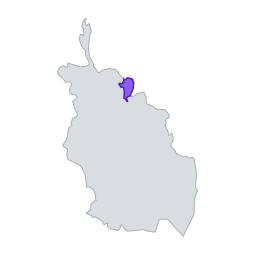 Nangarhar highlighted on a map of Afghanistan, rotated 278°
{"feature_id": "AFG-1764", "entity_name": "Nangarhar", "entity_type": "Province", "adm_level": 1, "iso_a3": "AFG", "parent_name": "Afghanistan", "parent_adm1": "", "projection": "robinson", "projection_center": [70.357, 34.369], "detail": "fine", "context": "in_parent", "style": "filled", "palette": "violet", "viewbox_px": 256, "rotation_deg": 278, "n_neighbors": 0, "source": "natural_earth", "source_scale": "10m", "svg_char_len": 5154}
<svg xmlns="http://www.w3.org/2000/svg" viewBox="0 0 256 256"><g transform="rotate(278 128 128)"><path d="M111.9,69.4L116.9,68.9L120.3,69.6L122.1,71.3L123.8,71.7L125.6,70.9L126.6,70.7L127.0,71.3L127.9,71.5L129.2,71.4L129.9,71.9L130.1,72.9L131.1,74.2L132.8,75.8L134.4,76.1L136.4,74.9L137.1,75.1L137.4,74.7L137.7,73.8L138.9,72.9L141.2,72.1L142.4,71.4L142.9,70.9L143.7,70.7L144.5,70.9L145.1,70.7L145.5,69.9L146.3,69.6L147.0,69.7L150.1,72.6L151.3,73.4L151.9,73.3L153.4,71.7L153.6,70.3L153.2,68.5L153.5,67.0L154.5,65.8L156.4,65.1L159.2,64.9L160.9,65.0L161.5,65.6L162.3,65.9L163.4,66.0L164.4,65.3L165.3,63.9L165.3,62.2L164.5,60.1L164.7,59.5L166.1,58.5L167.6,56.9L169.0,54.9L170.4,52.5L172.1,51.0L174.1,50.4L176.5,51.1L179.4,52.9L180.5,55.3L179.8,58.1L179.7,59.6L180.3,59.9L183.6,59.3L184.0,59.7L184.0,60.5L183.5,61.7L183.0,65.0L182.0,73.1L183.4,77.9L184.3,79.8L185.3,80.5L186.3,80.7L187.2,80.5L189.2,79.3L192.2,77.0L195.1,75.6L199.3,74.8L200.7,72.3L202.6,70.7L207.1,68.3L209.5,67.4L210.9,67.2L214.3,68.1L214.4,68.9L214.2,69.7L213.3,70.3L213.0,70.8L213.3,71.2L214.7,71.3L220.6,69.7L221.9,68.2L223.1,68.1L225.6,68.7L227.5,68.5L228.5,69.2L230.8,71.3L230.1,71.4L229.1,71.0L228.5,70.3L226.1,71.2L223.5,72.6L223.6,72.9L226.0,74.9L221.1,77.0L218.9,78.3L218.4,78.3L215.1,77.2L205.8,77.5L198.8,78.2L196.1,79.3L193.6,79.8L192.3,80.4L191.4,81.5L187.5,84.1L186.8,85.0L184.7,84.9L182.5,87.4L179.2,90.3L178.5,91.7L179.0,92.4L180.8,93.4L181.5,94.4L182.8,97.2L183.3,99.2L184.1,100.1L184.5,102.5L183.7,103.8L183.7,104.5L184.8,106.3L184.5,106.9L183.7,107.7L182.4,110.0L180.1,111.7L179.2,113.2L177.6,114.9L176.9,116.3L176.2,117.1L175.5,117.5L175.6,118.3L176.3,119.2L177.3,120.3L177.3,124.5L176.7,125.8L173.8,126.9L171.0,127.4L167.6,127.5L166.3,127.3L161.6,125.7L160.1,126.5L159.7,128.4L162.4,131.4L163.6,133.1L164.8,136.0L165.7,137.4L165.4,138.8L160.5,141.8L157.4,142.1L155.4,142.6L154.5,143.4L153.7,146.6L153.0,147.8L153.1,149.2L152.4,150.8L151.4,151.8L150.7,153.5L151.2,162.0L148.3,165.4L146.8,166.6L145.2,167.2L144.0,167.0L142.4,165.0L141.3,164.3L140.2,164.4L139.1,165.1L137.3,164.9L135.8,164.2L135.0,164.3L134.6,165.0L132.9,166.4L128.9,168.6L127.3,168.8L126.6,169.4L126.8,170.3L127.6,171.0L128.8,171.5L128.9,172.1L126.8,173.3L124.7,174.0L122.3,174.3L119.8,173.9L118.6,172.9L117.1,172.8L115.7,173.5L114.3,174.7L112.3,177.7L109.4,179.5L108.6,181.4L107.7,184.8L107.9,189.7L107.5,191.9L106.9,193.3L107.0,194.4L108.0,195.7L107.6,196.6L106.7,197.5L106.0,198.0L90.2,202.7L87.6,202.8L86.3,202.7L81.8,202.6L79.9,203.0L78.1,203.6L76.7,204.4L75.6,205.6L73.8,205.0L67.9,203.8L52.0,205.3L50.5,205.0L28.4,197.6L42.5,180.9L42.9,179.5L43.0,176.8L42.3,173.1L40.9,171.5L28.9,169.5L28.5,166.7L28.7,165.4L28.6,163.0L28.7,161.1L29.3,158.0L29.4,156.6L25.9,142.7L25.9,141.4L28.3,138.2L31.2,135.1L31.1,134.5L29.7,134.2L27.5,134.1L26.4,133.7L25.5,132.8L25.2,131.5L25.8,129.3L25.4,125.0L27.7,121.3L31.2,121.1L29.5,118.5L29.1,118.2L29.0,117.7L29.2,117.3L30.1,117.1L32.3,115.4L32.4,114.4L34.2,111.9L34.1,110.8L35.4,107.9L34.8,105.9L34.8,104.8L36.0,104.1L36.9,101.4L37.4,100.7L37.5,100.0L37.3,98.9L38.4,98.7L39.5,100.1L41.2,101.6L42.3,102.1L43.7,102.3L46.8,101.8L47.4,101.9L50.6,104.5L51.2,105.2L51.4,106.2L51.9,106.5L53.1,105.5L54.2,105.2L56.3,105.5L57.4,105.1L62.7,101.8L63.2,99.8L63.7,98.6L64.5,97.9L63.6,95.5L64.0,95.0L64.7,94.8L66.4,94.8L74.5,92.2L76.5,92.2L77.0,91.9L77.2,91.2L77.8,90.4L81.6,88.5L83.8,86.5L84.6,85.1L88.4,73.0L90.3,72.0L92.3,71.2L98.9,71.0L100.2,67.3L100.8,66.4L101.9,65.6L106.8,68.2L111.9,69.4Z" fill="#d9dde1" stroke="#a8b0b8" stroke-width="1"/><path d="M175.7,117.1L175.3,117.5L175.3,117.9L175.4,118.2L175.5,118.6L175.8,119.0L176.2,119.5L176.7,119.9L177.7,120.5L177.8,120.9L177.3,122.1L177.3,122.4L177.5,123.0L177.5,123.4L177.5,123.8L177.4,124.0L177.0,124.5L176.9,124.8L176.9,125.1L176.9,125.4L176.9,125.7L176.6,125.9L175.9,126.0L175.6,126.1L175.5,126.4L175.3,126.5L175.1,126.6L174.8,126.6L174.5,126.4L174.3,126.5L174.2,126.7L174.0,127.2L173.0,127.4L171.0,127.4L169.1,127.7L168.7,127.6L167.5,127.4L166.3,127.3L166.1,127.3L165.6,127.0L164.8,126.9L161.7,125.9L161.2,125.8L160.4,125.9L160.3,126.0L160.2,125.8L159.9,125.5L159.8,124.9L159.6,124.6L159.3,124.2L159.2,124.0L159.2,123.9L159.0,123.7L158.9,123.5L158.8,123.3L158.7,123.1L158.6,122.9L158.4,122.9L158.3,122.7L158.2,122.7L157.9,122.4L157.7,122.3L157.3,122.4L155.6,123.2L154.5,123.9L154.3,123.9L154.2,123.3L154.2,123.1L154.3,123.0L154.6,122.9L155.3,122.3L156.2,121.4L156.7,120.7L156.8,120.5L156.9,120.4L156.8,120.0L156.8,119.9L157.3,119.8L159.0,119.6L159.4,119.7L160.9,119.5L161.7,119.4L162.6,119.5L162.8,119.5L163.7,119.1L165.2,118.8L166.0,118.6L166.7,118.3L166.9,118.1L167.3,117.8L167.6,117.1L167.7,116.8L167.7,116.5L167.4,115.4L167.8,115.1L168.6,114.8L168.7,114.7L168.8,114.0L168.9,113.8L169.1,113.6L169.5,113.3L170.0,113.0L170.4,112.9L170.8,113.1L171.1,113.4L171.1,113.6L171.2,113.8L171.2,114.0L171.1,114.3L171.0,114.6L171.0,114.8L170.9,115.2L170.9,115.5L171.0,115.8L171.4,116.4L171.5,116.4L171.6,116.5L171.8,116.4L172.1,116.4L172.4,116.4L172.5,116.5L172.5,116.8L172.3,116.9L172.2,117.0L172.3,117.5L172.7,117.5L173.4,117.1L174.0,117.2L175.7,117.1L175.7,117.1Z" fill="#8b5cf6" stroke="#5b21b6" stroke-width="1.5"/></g></svg>